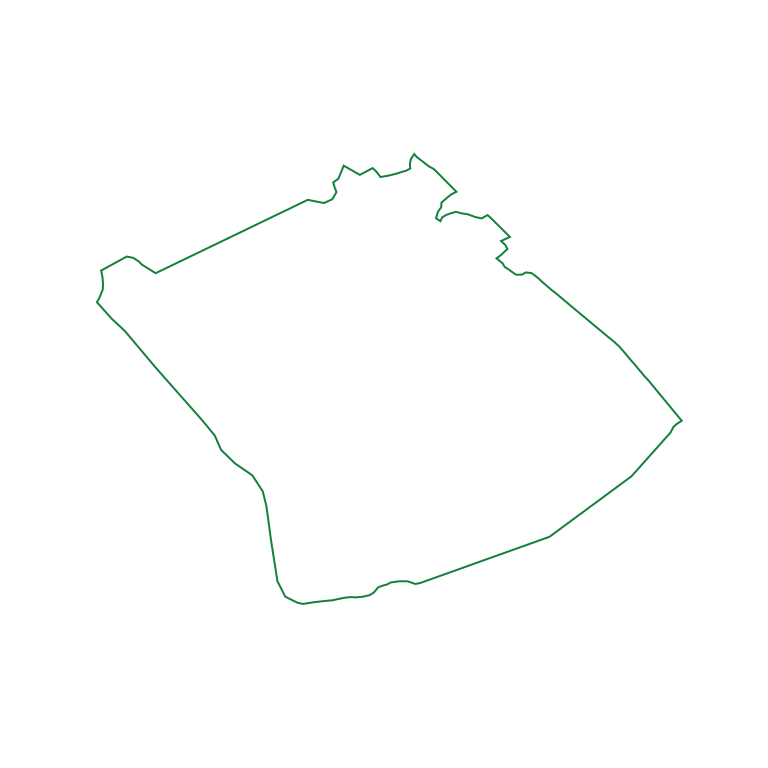 the district of Anajatuba, Maranhão, Brazil, rotated 281°
{"feature_id": "56859067B58311324239433", "entity_name": "Anajatuba", "entity_type": "district", "adm_level": 2, "iso_a3": "BRA", "parent_name": "Brazil", "parent_adm1": "Maranhão", "projection": "natural_earth1", "projection_center": [-44.559, -3.251], "detail": "fine", "context": "isolated", "style": "outline", "palette": "green", "viewbox_px": 768, "rotation_deg": 281, "n_neighbors": 0, "source": "geoboundaries", "source_scale": "gbopen_adm2", "svg_char_len": 1756}
<svg xmlns="http://www.w3.org/2000/svg" viewBox="0 0 768 768"><g transform="rotate(281 384 384)"><path d="M593.8,331.7L584.7,320.4L590.6,302.8L576.9,300.1L572.2,295.7L567.5,298.1L563.3,300.7L555.5,298.0L550.2,290.6L550.2,274.0L517.9,230.7L449.2,138.7L455.0,123.5L457.4,120.2L460.0,113.8L460.0,107.1L441.4,84.7L434.8,87.4L428.1,89.2L422.8,89.9L413.6,88.0L409.5,86.6L396.0,104.4L386.6,119.5L370.7,139.2L356.4,156.9L315.6,210.0L310.0,217.0L304.9,223.1L301.1,227.7L288.2,236.7L277.7,252.7L269.2,272.2L255.4,285.5L241.6,291.9L209.7,302.7L170.1,317.0L156.4,327.7L152.8,340.6L152.6,346.4L156.4,356.7L160.3,369.3L161.9,374.9L163.7,378.9L166.4,385.4L168.3,391.1L169.2,397.2L170.9,403.2L174.0,410.2L177.2,413.7L183.4,417.2L185.9,421.4L187.9,425.4L190.5,428.6L193.4,437.1L194.8,445.0L193.7,453.0L195.5,457.4L231.7,518.4L265.6,575.6L340.7,644.6L387.3,672.3L391.2,674.6L397.0,676.3L401.0,679.3L404.7,683.3L438.0,642.8L441.2,638.4L445.9,632.6L451.3,626.0L455.3,620.7L459.8,615.3L465.6,607.9L468.8,602.7L470.9,599.0L472.9,595.2L477.7,586.4L481.8,578.9L487.6,568.4L493.4,557.8L496.9,551.5L500.9,544.3L506.0,535.2L507.8,531.4L509.9,527.7L514.3,520.0L517.7,514.6L521.0,507.8L520.6,502.0L517.7,498.6L516.5,492.6L520.1,484.7L522.0,480.1L525.0,477.5L528.8,470.5L533.5,474.7L536.8,477.0L540.1,479.4L543.8,476.3L546.7,471.6L552.4,479.5L567.4,457.1L569.6,453.4L565.2,448.3L565.3,441.9L566.6,433.8L566.3,427.9L566.7,421.6L564.4,417.2L561.8,412.8L558.7,409.3L554.6,408.3L556.7,403.4L563.3,404.1L568.4,406.4L573.0,405.8L578.3,409.9L582.8,413.7L586.5,418.4L604.5,392.0L606.1,386.8L613.0,373.0L615.4,369.8L610.1,367.5L604.9,367.4L600.5,368.7L597.2,364.4L595.4,360.6L593.0,356.3L589.4,348.7L586.5,341.1L591.2,335.7L593.8,331.7Z" fill="none" stroke="#15803d" stroke-width="2"/></g></svg>